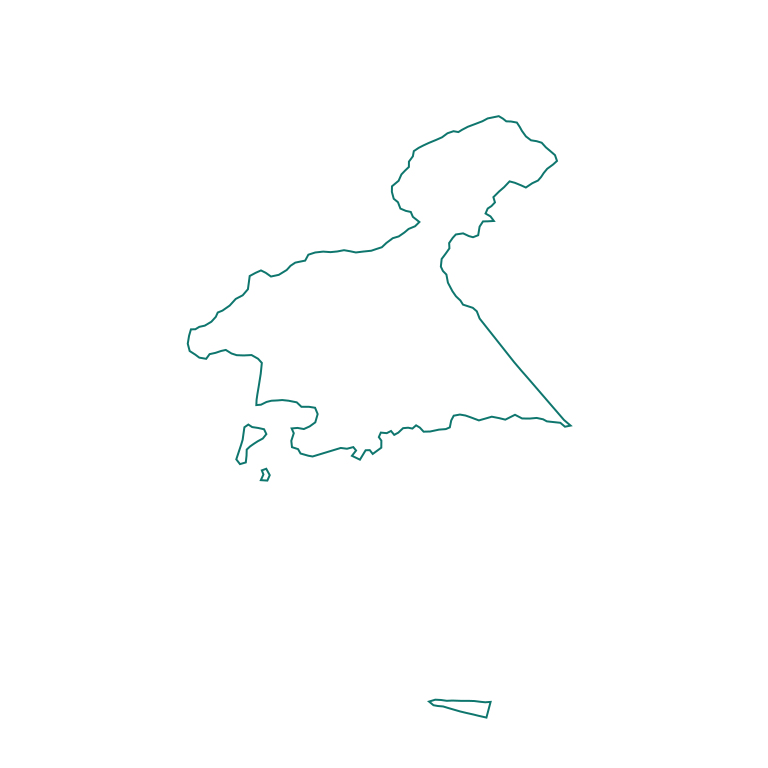 Itaguaí, Rio de Janeiro, Brazil (Albers equal-area conic projection), rotated 18°
{"feature_id": "56859067B25747814882547", "entity_name": "Itaguaí", "entity_type": "district", "adm_level": 2, "iso_a3": "BRA", "parent_name": "Brazil", "parent_adm1": "Rio de Janeiro", "projection": "albers", "projection_center": [-43.809, -22.874], "detail": "fine", "context": "isolated", "style": "outline", "palette": "teal", "viewbox_px": 768, "rotation_deg": 18, "n_neighbors": 0, "source": "geoboundaries", "source_scale": "gbopen_adm2", "svg_char_len": 3460}
<svg xmlns="http://www.w3.org/2000/svg" viewBox="0 0 768 768"><g transform="rotate(18 384 384)"><path d="M459.4,105.8L454.2,105.9L448.5,106.8L442.5,104.7L436.9,100.6L433.7,97.6L429.6,94.3L423.7,95.1L419.1,96.4L415.2,94.9L410.4,93.8L405.3,96.7L400.5,99.4L396.5,103.6L391.2,107.9L384.3,113.4L379.7,118.1L376.9,121.4L372.0,122.1L366.9,125.9L363.0,131.4L358.2,135.7L352.1,140.9L348.0,144.7L344.0,148.7L340.4,153.3L341.1,158.5L339.0,164.8L340.6,169.9L338.1,174.5L335.8,179.3L335.1,186.2L330.5,193.5L332.1,198.8L336.0,204.8L341.1,206.8L345.4,212.1L351.3,212.6L356.3,212.1L359.8,216.1L367.6,219.0L364.8,224.4L359.5,228.9L356.6,233.6L352.4,239.1L347.3,242.6L342.7,249.1L339.7,254.6L335.8,257.4L330.7,261.2L323.0,264.6L316.6,267.6L310.9,268.2L304.6,269.1L298.6,272.4L292.4,275.1L285.2,276.9L277.9,280.2L272.1,284.4L270.9,291.0L266.1,293.7L262.1,296.0L258.6,300.4L256.2,305.7L250.2,312.7L243.3,316.7L237.2,314.8L231.9,314.0L227.5,318.0L222.9,322.8L224.1,329.3L225.3,335.9L222.2,343.3L216.7,348.9L213.0,357.1L207.7,364.1L203.8,367.4L203.3,372.1L200.6,378.1L195.5,383.9L190.7,386.7L187.7,390.2L183.5,391.7L183.7,398.3L184.9,406.3L189.0,412.7L195.5,414.4L200.2,416.0L207.1,415.0L208.9,409.5L214.2,406.4L218.9,402.9L223.0,400.5L229.5,402.1L235.0,402.1L241.7,400.2L249.1,397.4L256.4,398.9L261.3,401.7L263.6,412.4L265.6,425.1L266.8,433.2L267.7,438.4L269.1,443.5L273.4,441.7L277.8,437.4L282.1,434.7L287.6,432.6L292.2,430.7L298.4,429.4L306.7,428.4L312.5,431.2L319.5,428.9L325.8,427.9L330.2,433.1L330.5,441.7L326.4,447.3L321.7,451.6L315.3,452.5L309.9,454.8L313.4,458.7L313.4,466.7L316.0,472.5L322.4,472.5L326.1,475.9L334.2,475.6L338.5,475.0L362.6,458.2L368.8,457.0L374.3,453.5L378.0,455.9L375.7,462.2L384.5,463.4L385.9,457.4L387.0,452.7L390.9,451.3L394.9,454.0L401.1,445.4L399.0,438.7L395.5,436.1L396.0,431.2L401.8,429.9L405.2,426.5L409.4,429.2L412.6,425.9L415.8,420.1L420.5,418.1L424.8,417.6L427.3,413.4L431.6,414.4L436.4,417.1L442.6,414.9L450.4,410.4L456.7,407.8L460.0,404.9L459.2,397.9L460.1,392.6L465.6,389.6L471.2,388.8L476.5,388.9L485.5,389.3L492.2,384.8L496.6,381.8L503.8,380.9L510.4,380.4L518.1,372.8L526.0,374.1L533.1,371.9L539.7,369.1L546.2,368.4L550.4,369.2L555.7,368.1L563.7,366.4L569.3,368.7L574.3,365.9L566.3,362.6L518.3,333.5L510.4,328.8L501.0,323.0L454.7,292.2L449.8,286.2L444.9,284.1L439.6,284.1L434.6,284.1L430.9,281.0L425.4,278.4L420.4,274.6L413.5,267.9L409.5,260.6L405.1,258.3L401.8,254.8L400.2,247.3L402.4,240.9L404.3,234.8L402.4,229.8L404.2,223.8L406.1,219.6L412.7,216.3L419.1,217.1L423.3,216.9L427.6,213.4L426.3,204.8L427.9,198.8L432.7,197.1L438.1,195.0L433.5,191.7L427.9,190.5L428.4,185.1L431.2,181.6L433.4,177.0L430.3,172.5L434.0,165.3L437.4,159.7L440.8,152.5L446.2,152.2L452.9,152.7L458.2,153.3L463.0,147.2L467.6,142.9L469.5,138.4L470.7,134.0L472.7,128.9L476.9,123.1L479.6,118.4L475.9,113.5L470.2,111.1L464.8,108.9L459.4,105.8ZM583.6,653.4L578.7,655.4L574.1,656.4L567.9,657.6L562.4,659.2L555.0,661.6L547.0,663.9L541.6,665.9L535.9,666.9L530.3,668.4L525.0,672.1L530.3,674.2L534.7,673.6L539.9,672.4L545.1,672.3L551.3,672.1L557.5,671.9L563.9,671.4L571.3,670.7L575.7,670.4L584.5,669.6L583.6,653.4ZM266.8,501.3L271.8,504.7L276.8,501.3L275.4,494.6L273.7,488.8L275.9,484.8L278.6,481.2L281.6,477.5L285.6,473.3L287.6,468.0L283.9,464.1L277.9,464.7L271.9,465.7L267.5,464.5L264.6,468.3L266.8,480.8L266.9,486.3L266.8,501.3ZM302.9,511.9L303.5,506.0L298.2,501.0L294.5,503.9L297.3,507.3L296.6,513.5L302.9,511.9Z" fill="none" stroke="#0f766e" stroke-width="2"/></g></svg>